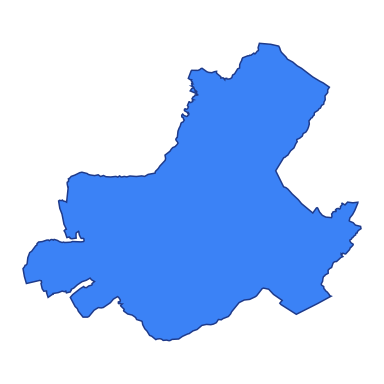 the district of Samburesti, Olt, Romania
{"feature_id": "2599482B81020237886939", "entity_name": "Samburesti", "entity_type": "district", "adm_level": 2, "iso_a3": "ROU", "parent_name": "Romania", "parent_adm1": "Olt", "projection": "albers", "projection_center": [24.401, 44.822], "detail": "fine", "context": "isolated", "style": "filled", "palette": "blue", "viewbox_px": 384, "rotation_deg": 0, "n_neighbors": 0, "source": "geoboundaries", "source_scale": "gbopen_adm2", "svg_char_len": 5907}
<svg xmlns="http://www.w3.org/2000/svg" viewBox="0 0 384 384"><path d="M172.0,339.4L178.7,339.0L182.4,336.4L187.8,333.9L189.0,333.7L193.0,330.9L197.1,329.5L201.9,325.4L206.4,324.4L210.8,324.7L213.4,324.1L216.3,322.7L218.4,319.5L221.3,319.8L223.0,318.6L228.4,316.5L230.6,313.9L231.6,311.8L239.1,302.6L244.3,300.0L249.7,299.4L255.2,296.8L256.6,295.8L262.2,288.6L263.5,288.1L268.7,289.2L273.5,294.4L282.2,300.4L279.8,303.2L280.9,304.5L296.3,314.3L317.7,303.5L331.1,296.2L329.5,295.6L329.4,294.8L327.3,292.1L325.6,290.8L324.6,289.2L323.9,288.7L323.7,286.5L321.8,285.3L321.4,284.8L321.3,283.8L322.6,281.3L322.9,278.6L323.5,276.6L324.7,275.8L325.3,274.9L328.2,273.3L328.1,270.2L329.6,268.6L331.6,267.5L332.9,263.5L333.5,262.5L334.7,261.7L336.6,261.5L341.0,257.4L342.9,256.6L341.1,254.8L341.5,254.3L341.3,253.7L342.2,254.1L342.5,253.4L342.9,253.2L344.8,253.9L345.7,253.9L349.5,249.7L350.4,247.5L350.8,247.5L352.9,245.3L353.2,244.6L353.1,244.1L351.1,242.9L349.9,241.1L349.8,240.1L351.4,239.1L351.9,238.0L352.7,237.6L354.2,235.8L355.6,234.9L355.8,233.4L357.2,232.9L357.4,231.7L358.6,230.3L361.0,228.7L360.6,226.4L355.4,225.1L353.2,222.7L349.6,221.2L349.2,220.8L349.9,217.8L352.6,214.5L354.8,210.4L357.8,203.1L357.9,202.2L352.8,202.8L347.6,202.1L345.0,204.9L341.6,202.9L342.4,204.2L340.3,206.8L340.5,207.8L340.0,208.8L339.3,209.0L338.3,208.4L336.7,208.7L335.6,209.7L336.2,210.9L335.8,211.6L334.6,211.4L332.8,212.1L332.6,212.9L331.6,214.0L332.0,216.2L331.5,217.6L325.8,217.1L322.3,215.3L319.6,212.1L317.7,208.1L317.1,207.7L316.4,208.0L312.8,213.0L301.5,203.6L298.4,199.8L292.0,193.8L287.9,189.1L285.9,187.6L283.6,186.8L275.7,170.8L283.7,157.7L284.8,157.4L286.8,155.7L287.7,155.3L290.6,150.8L293.9,148.0L295.9,143.5L297.2,141.7L296.7,140.2L296.8,139.5L299.7,138.2L302.3,136.1L303.2,133.5L305.7,132.2L306.4,131.3L307.6,129.3L308.5,127.0L309.3,124.0L309.0,121.0L309.2,120.5L310.3,119.4L310.8,118.3L312.2,117.6L313.1,116.0L314.2,115.1L314.3,113.2L314.6,112.5L317.9,110.4L319.2,108.6L320.4,108.1L321.6,105.4L323.7,104.2L324.0,102.1L325.2,99.8L325.0,95.9L327.7,92.6L327.7,89.8L329.4,87.2L323.2,82.9L319.8,81.2L312.7,76.9L301.5,68.3L297.3,65.9L292.8,62.1L287.4,59.2L286.0,57.0L281.4,52.3L280.5,50.6L279.7,48.0L278.7,46.1L270.8,44.3L259.4,43.3L258.1,47.6L258.5,49.8L258.3,50.6L257.2,51.2L255.3,53.7L254.8,53.9L253.9,53.1L250.9,55.3L249.7,55.2L248.9,55.8L247.8,55.8L242.7,57.8L241.9,59.2L241.8,60.2L240.5,62.6L239.7,64.7L239.6,68.0L237.6,68.9L234.5,74.0L233.0,74.7L232.5,75.3L231.8,77.7L230.0,78.8L228.0,79.1L226.8,78.8L226.7,78.3L225.0,78.5L224.8,79.8L223.1,77.8L220.8,78.0L220.8,76.7L216.8,73.4L216.5,72.9L216.6,71.3L214.4,71.7L211.9,72.7L208.6,72.4L206.8,71.7L202.1,68.3L201.1,68.5L199.7,69.7L197.9,70.4L191.7,70.3L191.1,71.0L188.3,78.4L190.2,79.6L191.6,79.7L191.2,80.8L192.5,82.2L191.8,83.1L192.8,83.9L191.8,84.1L192.3,85.9L191.4,86.0L193.6,87.1L194.0,88.2L192.9,88.1L191.8,88.5L190.2,90.9L194.6,92.8L195.4,91.6L194.8,89.8L196.8,91.5L196.5,93.1L195.8,93.4L197.7,94.5L197.7,95.0L196.3,95.2L195.2,94.9L194.5,96.2L193.3,96.7L192.0,98.7L192.2,99.2L193.4,99.7L192.6,99.8L192.4,100.6L192.8,101.1L192.5,101.6L190.7,102.6L190.1,102.5L189.6,101.8L189.0,101.8L187.4,105.6L188.4,106.8L187.9,108.1L187.0,109.1L186.2,109.3L185.2,108.8L184.6,109.1L184.3,110.1L184.6,110.8L187.5,112.5L188.2,112.4L188.7,113.4L188.1,113.7L188.8,114.2L188.7,114.9L187.8,115.4L187.5,116.2L186.8,116.5L184.1,115.6L182.7,114.1L181.7,115.2L181.8,116.9L183.3,117.9L183.5,119.1L184.3,120.1L182.9,122.1L181.5,122.6L181.0,123.3L180.2,126.2L179.1,128.2L178.0,131.1L177.3,137.5L176.8,137.6L175.8,139.2L176.2,140.5L177.3,141.7L178.0,143.1L177.2,144.4L175.1,146.6L172.7,147.6L171.1,149.4L170.0,151.2L165.0,155.1L165.6,158.4L165.2,160.3L159.9,166.0L158.3,168.5L155.6,171.2L155.3,171.7L155.1,173.1L148.1,174.4L144.7,176.4L141.7,175.9L136.4,176.5L129.8,176.0L126.8,176.9L124.2,176.4L121.8,177.0L121.0,176.9L119.6,175.9L117.8,177.1L115.9,176.4L110.7,177.0L105.9,176.7L103.5,175.5L100.6,176.5L98.2,174.8L94.7,175.6L90.4,175.0L88.5,174.5L87.1,173.5L81.9,172.2L79.7,172.7L74.8,175.1L71.2,176.4L69.9,177.9L68.4,178.9L68.8,179.5L68.5,180.1L68.5,181.4L67.2,182.3L67.2,184.0L67.9,187.5L68.2,187.4L66.6,202.2L65.5,201.5L63.3,201.0L62.5,200.1L61.2,200.6L59.5,200.3L58.6,201.0L59.8,208.4L62.0,214.1L64.0,224.3L66.2,228.8L66.3,229.2L65.7,229.2L64.1,230.8L65.1,232.4L66.9,237.6L69.3,237.0L70.2,237.8L70.2,238.4L71.8,238.8L76.2,238.1L76.0,236.0L76.1,233.3L76.3,232.8L78.5,231.3L78.7,231.5L79.3,234.9L80.8,238.0L81.7,238.5L83.1,238.3L83.8,238.7L84.1,240.7L83.6,241.5L81.0,241.9L72.5,241.5L70.6,242.2L64.6,242.5L63.6,242.1L62.1,242.5L59.6,241.7L57.4,240.4L54.1,239.4L53.4,240.1L52.0,239.5L50.9,239.6L49.3,240.7L48.4,240.0L46.7,240.1L42.3,241.6L38.6,242.0L37.0,243.6L36.9,245.1L35.7,245.8L31.7,251.2L29.7,252.6L27.8,257.7L27.1,263.8L26.0,265.1L25.1,265.3L24.4,266.9L23.0,268.6L24.4,276.6L26.4,283.5L39.7,280.4L41.3,280.8L41.6,282.7L41.0,283.4L41.1,284.0L42.2,288.8L43.8,291.2L46.5,291.0L46.7,292.4L46.5,292.6L48.1,297.4L52.2,294.5L53.1,294.3L53.0,293.5L58.3,292.6L62.2,291.1L64.4,291.7L65.8,291.1L66.2,292.7L66.4,292.9L70.4,291.9L70.8,290.7L71.2,290.4L71.2,289.4L73.9,288.0L77.4,284.8L82.0,281.7L86.2,280.3L90.1,278.1L91.5,279.8L94.5,281.5L92.0,283.6L92.1,284.7L91.7,285.1L88.8,285.9L86.8,287.4L87.2,287.6L84.6,287.5L83.7,286.5L80.3,288.6L72.7,294.6L70.3,297.4L75.1,306.5L77.3,308.6L78.4,311.3L83.0,317.1L87.6,317.1L89.0,316.4L94.1,310.2L98.3,307.6L101.2,307.9L103.3,307.5L110.4,302.7L113.4,299.1L117.6,296.6L118.9,297.7L120.3,299.9L120.3,301.1L118.3,302.0L118.4,303.4L119.1,303.8L119.9,303.1L121.1,304.0L122.2,304.0L120.6,305.5L120.8,306.0L124.2,309.3L123.6,310.6L123.8,311.1L127.7,314.0L132.0,315.0L133.7,316.1L135.6,317.5L136.6,319.5L141.7,321.1L142.2,321.8L142.7,324.7L144.8,328.8L147.0,331.1L149.6,335.4L151.7,336.2L155.8,339.6L157.2,339.0L160.0,338.7L161.8,339.3L163.2,340.4L166.5,340.1L169.1,340.7L170.4,340.4L172.0,339.4Z" fill="#3b82f6" stroke="#1e3a8a" stroke-width="1.5"/></svg>